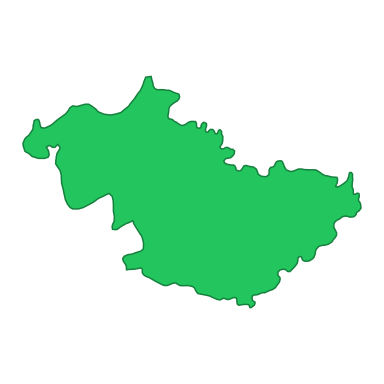 Valozhyn, Minsk, Belarus
{"feature_id": "67162791B19881563690612", "entity_name": "Valozhyn", "entity_type": "district", "adm_level": 2, "iso_a3": "BLR", "parent_name": "Belarus", "parent_adm1": "Minsk", "projection": "orthographic", "projection_center": [26.67, 54.05], "detail": "fine", "context": "isolated", "style": "filled", "palette": "green", "viewbox_px": 384, "rotation_deg": 0, "n_neighbors": 0, "source": "geoboundaries", "source_scale": "gbopen_adm2", "svg_char_len": 5641}
<svg xmlns="http://www.w3.org/2000/svg" viewBox="0 0 384 384"><path d="M312.2,259.1L313.9,257.4L315.3,253.7L315.3,252.1L316.1,249.4L318.8,246.4L321.8,245.4L325.2,245.1L328.4,244.2L331.8,242.0L333.6,239.3L335.4,237.3L336.5,235.3L336.6,233.0L335.8,231.0L334.6,228.8L333.8,227.1L333.9,224.2L335.0,221.8L337.1,220.1L339.3,219.1L341.0,217.9L342.3,216.8L344.9,216.1L347.5,216.2L349.7,217.1L352.1,217.0L354.1,216.6L356.0,214.7L356.5,212.6L359.2,210.7L361.0,208.2L360.9,206.8L360.5,203.8L359.9,202.4L358.6,200.7L358.5,199.2L359.1,197.0L359.3,195.5L358.9,193.5L357.4,193.2L356.6,193.4L355.8,194.0L353.7,194.3L353.3,193.2L353.3,191.2L353.2,189.7L352.7,188.3L352.1,187.0L352.2,183.7L352.3,182.8L352.7,180.1L352.5,177.1L352.5,174.1L351.3,172.5L349.9,172.5L349.1,173.7L348.9,176.1L347.0,180.9L345.0,182.5L342.6,184.3L340.2,185.9L336.9,187.1L335.7,186.4L336.3,184.6L337.0,183.4L337.4,181.2L337.6,179.4L337.0,177.4L335.0,177.2L331.6,177.0L327.6,175.9L325.3,175.7L321.9,173.9L319.9,172.3L316.1,170.0L314.3,169.8L310.9,169.8L309.1,169.8L305.7,169.6L304.3,169.6L301.7,169.0L298.6,169.0L296.4,169.8L294.6,170.6L292.6,171.3L290.6,171.5L286.6,170.1L285.4,168.5L284.2,166.1L283.4,163.9L282.2,161.5L281.2,160.8L280.0,160.9L278.8,160.9L277.7,161.1L276.5,161.8L275.7,162.9L274.9,164.5L274.4,165.7L273.5,166.6L272.1,167.2L270.9,167.3L269.8,168.4L269.1,170.0L269.1,172.9L268.8,174.6L267.1,176.2L265.1,176.7L261.3,176.2L258.3,174.3L257.3,171.5L256.4,169.2L254.0,167.3L252.5,166.8L251.1,166.8L247.2,165.8L245.8,165.4L243.7,166.1L242.7,167.9L241.8,169.4L240.5,170.7L238.8,171.1L236.2,169.9L235.7,167.6L235.0,166.1L233.6,165.0L231.2,165.0L227.2,164.3L224.6,162.9L223.8,161.0L225.6,158.7L227.9,158.2L230.7,157.7L232.8,155.9L234.2,153.9L234.6,151.0L232.8,149.3L230.9,149.4L229.5,148.4L227.4,147.4L225.7,147.5L223.8,148.7L222.4,149.1L220.5,148.2L220.0,146.5L221.3,144.9L222.0,143.7L222.5,142.3L222.8,139.7L222.8,136.4L221.6,134.2L221.6,131.6L220.7,130.3L219.9,129.7L218.6,130.4L218.1,131.7L217.4,133.6L216.4,133.7L215.3,133.7L214.9,133.2L214.6,132.0L214.0,130.8L212.7,129.5L211.3,129.4L210.4,129.4L208.8,130.8L207.9,132.2L206.6,132.2L205.4,130.9L205.7,128.3L206.3,126.7L206.6,125.2L206.4,123.5L204.4,122.5L203.2,122.5L201.4,124.5L201.2,125.7L200.7,127.7L199.0,128.2L197.1,127.8L196.5,126.2L196.5,124.5L196.4,123.1L195.5,121.6L193.3,121.4L191.4,121.4L189.1,122.0L187.6,122.9L186.3,123.9L184.8,124.8L182.6,125.4L181.4,125.5L178.1,123.6L176.2,122.1L174.5,121.5L172.6,119.7L170.7,119.0L169.3,119.0L168.0,117.3L168.0,115.4L168.4,113.6L168.8,110.5L168.8,108.8L170.0,106.1L172.1,104.3L174.7,102.4L177.2,101.0L179.0,98.9L179.6,97.0L179.1,94.6L178.2,93.8L176.1,93.3L173.9,92.4L172.5,91.8L170.0,90.5L167.8,90.2L166.3,90.2L163.5,89.7L160.4,89.7L157.3,89.7L155.3,88.9L154.2,87.7L153.1,85.5L152.9,83.2L151.9,80.0L151.1,76.4L149.1,76.8L145.8,77.1L144.0,81.4L143.2,84.2L141.9,87.2L140.4,90.5L137.9,93.5L134.3,98.9L129.9,104.2L128.7,106.2L124.1,109.8L121.0,112.5L115.6,114.1L110.6,115.0L103.9,114.2L98.1,111.7L95.8,109.1L92.0,106.3L88.7,104.2L85.2,104.2L82.4,105.0L80.4,105.5L77.0,106.5L72.7,105.9L69.9,107.7L68.4,110.5L65.5,114.0L57.4,119.8L51.7,124.8L49.2,126.1L44.8,128.1L41.0,127.6L40.0,124.5L39.5,121.7L38.5,119.6L36.5,119.4L34.2,120.6L33.9,122.4L33.1,126.0L33.1,128.5L31.8,131.0L29.0,135.1L25.9,137.6L24.9,138.9L24.6,139.4L23.0,143.2L23.3,146.2L25.0,151.4L29.1,153.7L32.1,156.5L38.5,158.4L44.6,158.4L48.1,157.2L49.2,154.9L48.5,150.8L46.4,147.0L48.2,146.0L50.0,145.5L52.3,147.3L54.9,147.3L57.7,144.5L58.9,145.8L60.2,148.3L57.1,153.2L56.3,156.7L55.8,161.0L55.7,163.9L57.8,167.2L60.0,170.3L61.3,175.1L61.3,177.9L61.7,183.5L63.2,189.4L64.2,194.3L65.4,199.7L67.4,204.0L70.0,207.4L72.5,208.9L78.4,208.9L82.8,207.7L87.4,205.4L93.5,202.1L98.6,198.3L102.5,196.6L106.6,194.5L109.1,193.5L112.2,196.4L113.2,200.7L113.4,205.6L113.4,211.2L114.4,216.6L114.1,221.4L112.8,224.0L112.1,226.3L112.5,229.3L114.6,229.6L116.9,229.6L119.5,227.6L123.1,225.3L126.4,223.5L129.2,222.5L132.8,220.7L133.8,223.8L136.3,227.9L139.4,232.8L141.9,236.6L143.5,242.8L143.4,248.7L141.1,251.0L135.7,252.7L132.4,254.0L127.8,254.7L124.2,256.3L122.7,258.6L123.4,261.4L125.7,264.7L126.4,266.9L126.5,269.8L129.2,269.4L132.4,269.3L134.1,269.2L137.3,268.7L139.6,268.1L141.2,268.1L142.3,269.1L142.3,270.5L142.3,272.7L143.5,274.7L144.9,275.8L146.8,276.7L149.4,277.7L151.1,278.7L153.2,279.9L155.2,281.1L158.7,282.9L161.4,284.3L163.7,285.3L165.5,285.6L167.8,285.3L169.4,284.7L171.5,283.8L173.5,283.1L175.6,283.0L178.7,284.9L180.4,285.6L182.7,285.7L187.0,285.6L188.6,285.6L192.5,286.5L194.4,287.8L195.3,289.7L195.9,291.0L197.8,293.5L199.1,293.8L201.5,294.3L204.2,294.8L206.9,295.3L209.9,296.1L212.6,297.4L214.8,298.4L216.6,299.2L219.0,299.8L220.1,299.9L221.6,299.2L222.6,298.4L224.7,298.5L226.6,299.3L227.8,299.6L229.5,299.3L232.1,298.1L234.3,297.5L236.1,298.0L236.7,299.0L237.0,302.1L237.2,303.9L238.4,305.1L239.9,305.1L241.5,304.8L242.7,304.5L244.0,304.5L246.0,304.4L247.1,304.4L248.9,304.8L249.4,305.9L249.8,307.5L251.1,307.6L252.2,306.8L254.3,305.2L255.0,303.6L255.0,302.1L253.8,301.4L252.5,300.4L252.0,298.1L252.3,296.1L254.1,295.0L256.1,294.9L258.0,294.5L260.2,293.6L262.1,292.7L264.8,292.7L267.8,291.3L269.9,290.4L272.2,289.7L273.2,289.1L275.4,287.7L276.5,286.0L278.6,283.2L279.5,281.8L280.1,279.3L279.9,277.4L278.7,276.3L277.9,275.1L277.9,273.3L278.1,272.1L279.8,270.1L281.2,269.6L283.0,269.3L284.5,269.3L286.3,270.1L287.5,271.4L288.9,271.6L290.0,271.5L291.7,269.8L293.2,268.3L294.5,266.9L296.3,264.7L297.2,263.2L297.8,260.8L298.0,258.2L298.8,257.0L300.7,256.5L301.6,257.1L302.0,258.8L302.9,260.3L304.3,261.1L306.5,261.2L307.4,261.2L309.4,260.8L312.1,259.2L312.2,259.1Z" fill="#22c55e" stroke="#15803d" stroke-width="1.5"/></svg>